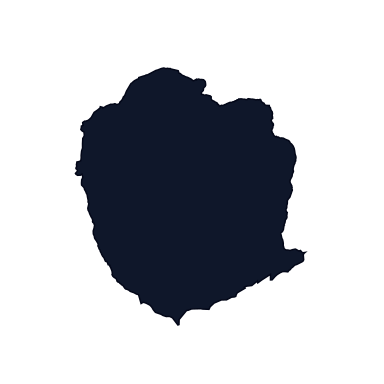 the district of Varsag, Harghita, Romania, rotated 140°
{"feature_id": "2599482B23586841588479", "entity_name": "Varsag", "entity_type": "district", "adm_level": 2, "iso_a3": "ROU", "parent_name": "Romania", "parent_adm1": "Harghita", "projection": "natural_earth1", "projection_center": [25.349, 46.545], "detail": "fine", "context": "isolated", "style": "filled", "palette": "ink", "viewbox_px": 384, "rotation_deg": 140, "n_neighbors": 0, "source": "geoboundaries", "source_scale": "gbopen_adm2", "svg_char_len": 5973}
<svg xmlns="http://www.w3.org/2000/svg" viewBox="0 0 384 384"><g transform="rotate(140 192 192)"><path d="M231.1,315.5L232.7,313.1L234.4,313.6L235.0,312.8L237.0,311.3L236.9,309.3L236.2,307.4L238.1,304.6L239.3,303.9L241.2,303.3L244.9,299.3L247.6,296.0L250.2,294.4L253.3,291.4L254.9,289.4L256.3,288.1L257.4,287.4L259.7,288.3L260.8,289.0L263.0,287.2L263.7,285.9L265.6,284.9L265.9,284.2L265.6,283.7L265.9,282.2L266.4,281.6L269.3,281.2L269.5,280.1L268.9,278.3L266.5,276.5L264.8,276.4L265.7,274.3L266.0,273.7L267.2,272.9L268.7,272.2L270.9,269.9L272.1,268.3L271.9,265.3L271.9,264.6L272.7,263.0L273.1,260.7L273.9,258.4L273.8,258.0L274.0,257.4L275.2,255.5L276.7,252.7L276.7,252.4L277.5,251.8L278.2,250.8L278.4,249.5L282.2,246.6L283.3,244.8L283.5,243.3L284.4,241.0L285.3,237.5L285.5,235.9L286.2,234.2L287.2,233.3L287.5,232.4L287.2,231.2L287.7,230.3L287.6,229.9L288.0,229.2L290.2,227.3L292.7,225.7L294.6,223.2L295.0,221.6L295.4,220.6L296.1,219.6L296.4,218.5L296.6,216.1L297.2,212.8L297.6,212.1L298.7,211.2L299.0,210.4L299.0,209.4L299.5,208.8L299.8,207.8L299.7,207.0L300.5,205.3L300.8,203.4L301.1,202.9L301.7,200.4L301.7,198.2L302.8,194.8L302.7,194.3L302.0,193.6L302.0,193.4L302.2,192.2L303.0,190.2L302.5,189.5L302.4,188.9L302.1,188.6L302.7,187.8L302.9,186.2L303.4,185.1L303.5,184.5L304.1,182.9L305.3,180.9L306.5,180.0L306.4,179.3L306.8,178.3L306.5,176.4L305.8,174.6L306.3,172.6L306.7,172.1L306.7,171.2L306.7,170.9L305.9,169.6L305.9,168.2L305.6,167.6L305.6,166.3L305.0,164.9L305.3,161.3L305.2,160.4L304.5,159.5L303.9,158.3L303.5,157.5L303.2,155.6L301.1,152.0L300.4,150.1L299.8,148.9L298.9,147.8L302.7,139.3L300.3,138.9L299.2,137.4L298.4,135.9L297.0,132.5L296.9,131.9L296.8,130.2L296.9,128.8L297.3,126.9L297.4,123.8L297.2,123.0L294.3,118.2L293.6,116.1L292.9,115.0L291.8,113.2L289.5,111.4L289.0,110.8L288.1,108.9L287.7,107.2L287.9,107.1L288.3,99.2L287.2,98.8L283.8,102.6L272.4,104.7L270.8,103.8L267.5,102.7L265.7,101.3L260.3,97.0L259.1,95.5L254.4,91.2L251.9,92.4L246.4,92.7L238.8,90.4L234.9,87.2L229.3,86.0L227.0,84.4L225.6,83.9L224.0,85.0L222.1,85.7L213.2,84.2L213.2,85.4L210.7,84.8L206.3,81.9L199.2,81.8L199.8,81.1L200.1,80.1L195.2,79.8L184.8,78.5L188.4,74.2L187.1,73.2L182.6,73.9L179.8,74.0L176.3,73.5L173.8,72.8L171.9,71.3L169.9,69.2L168.1,69.6L166.7,69.4L164.6,69.9L163.4,69.7L161.3,69.9L159.7,69.8L158.5,69.2L152.6,67.8L151.3,67.7L150.0,68.3L147.1,72.4L145.6,73.0L144.2,73.0L145.7,73.9L146.5,74.8L146.5,77.5L147.8,78.0L148.2,78.5L149.3,81.5L149.6,81.9L152.0,83.2L154.5,84.2L156.0,86.1L157.1,87.0L157.8,88.7L157.8,89.5L156.4,92.5L154.9,94.2L154.7,94.7L154.2,95.4L153.2,97.4L153.0,98.7L151.2,102.1L151.2,102.6L150.5,103.3L149.9,103.7L148.2,103.5L147.7,103.8L146.2,104.4L144.1,106.3L143.9,106.7L143.5,106.8L143.4,107.0L143.2,107.0L143.3,107.2L142.4,107.9L142.1,107.9L140.3,108.9L140.3,109.2L139.5,109.7L139.3,109.7L138.6,110.5L136.5,111.0L135.4,111.7L134.8,112.6L134.8,113.1L134.1,113.4L134.1,113.7L133.4,114.0L133.1,114.5L132.8,114.6L132.3,115.0L132.5,115.3L132.5,115.9L132.1,116.2L132.0,117.2L131.7,117.8L131.0,118.4L129.6,119.0L128.0,120.8L126.6,121.7L125.2,123.2L124.9,123.7L123.8,124.4L122.2,124.8L120.4,125.1L116.7,127.3L115.0,128.4L114.4,128.6L113.9,129.0L113.7,129.3L113.4,130.3L112.4,131.1L112.2,131.7L111.6,132.5L110.8,136.1L110.0,137.3L108.9,138.2L105.3,139.7L103.5,141.3L101.2,142.4L100.7,143.0L100.5,143.8L99.1,145.3L96.7,147.0L94.5,148.0L93.5,149.0L92.6,149.1L91.8,150.2L90.4,151.3L89.5,152.6L88.7,154.7L86.7,157.9L85.7,159.8L85.0,162.2L84.9,164.7L85.2,166.1L85.2,166.8L84.9,167.6L84.9,169.2L86.6,172.4L87.4,174.5L88.8,176.0L89.8,176.6L89.8,176.8L90.2,177.2L90.3,178.1L90.5,178.6L91.3,178.8L91.4,179.0L91.3,179.5L91.5,180.2L91.6,180.4L92.3,180.5L92.8,181.3L92.8,182.0L93.0,182.4L92.7,183.6L92.4,184.2L92.6,184.4L92.6,184.9L92.4,185.3L92.3,186.0L92.0,186.3L92.3,186.6L92.2,187.1L91.4,187.9L90.7,188.2L90.5,188.7L88.9,189.2L87.7,190.4L86.7,190.8L86.0,191.8L86.2,192.1L85.9,192.3L85.8,192.7L86.2,193.5L85.9,193.8L85.9,194.5L85.6,194.8L85.5,195.2L85.6,195.5L85.0,196.3L84.0,196.6L83.1,196.5L82.6,196.8L82.7,197.2L82.3,197.9L81.8,198.1L81.5,199.0L80.0,200.2L79.0,201.9L79.2,202.7L78.7,203.5L78.8,204.1L78.6,204.8L77.9,205.8L77.7,206.7L78.1,207.2L78.0,207.7L77.2,208.6L79.7,210.9L80.3,212.4L80.0,212.7L79.8,213.8L80.1,214.3L80.5,214.4L80.3,215.2L80.7,216.0L80.6,217.1L80.1,218.1L80.1,218.9L80.3,219.2L81.5,219.6L82.5,220.7L84.0,221.6L84.4,222.4L86.1,224.4L86.6,224.7L88.9,227.3L89.5,227.5L90.4,227.4L91.2,228.1L91.6,228.5L91.9,229.2L92.6,229.6L94.3,231.6L95.0,232.2L95.6,232.4L96.2,233.2L97.4,233.1L98.3,233.7L98.7,233.5L99.3,233.5L100.5,234.2L101.2,233.9L102.4,234.7L104.5,235.4L105.1,236.2L108.9,237.4L110.0,237.4L110.2,237.7L112.7,238.4L113.8,239.6L115.3,239.8L115.7,240.5L115.5,242.0L115.6,242.4L116.1,242.8L115.6,243.7L115.6,244.4L116.6,246.3L116.5,246.5L116.9,247.8L117.2,247.9L117.4,248.8L117.8,249.5L117.2,251.5L116.1,252.5L116.2,253.8L118.7,257.3L120.3,258.2L120.8,259.0L120.9,259.7L121.1,260.0L122.0,260.5L121.9,261.1L120.9,262.2L118.2,262.5L117.2,263.3L116.8,263.8L115.9,264.3L114.1,264.4L112.9,265.0L112.0,266.2L110.9,268.0L110.8,269.0L111.0,270.6L112.5,272.2L113.2,272.7L113.7,273.2L114.2,274.2L115.5,274.9L116.4,274.9L116.8,275.3L116.5,275.6L119.2,276.1L119.8,277.0L120.0,278.8L121.7,282.7L122.5,283.8L123.2,285.1L123.4,285.9L124.4,287.6L124.9,290.4L125.6,291.3L124.6,293.8L129.0,299.7L129.3,300.6L130.5,301.5L131.2,302.5L132.7,303.3L133.8,305.0L134.2,305.3L136.1,306.3L140.0,307.6L141.4,308.3L151.0,310.4L151.8,311.1L153.4,311.4L154.8,312.1L159.2,313.9L160.0,313.1L161.5,313.6L164.4,314.2L166.3,314.3L167.3,314.1L168.9,314.3L169.7,314.1L177.3,311.4L181.0,309.4L182.4,309.0L183.3,308.5L183.5,308.9L185.2,308.0L186.9,307.4L189.6,307.2L190.3,306.6L190.8,306.3L193.3,307.2L194.3,309.2L195.9,309.9L197.1,310.7L197.7,311.4L202.5,313.0L203.9,313.1L206.3,313.7L206.1,314.4L207.4,316.3L208.1,315.8L208.3,315.5L211.6,315.5L215.8,315.9L221.3,313.8L224.1,313.6L225.6,313.7L227.9,314.6L228.7,315.3L231.1,315.5Z" fill="#0f172a" stroke="#020617" stroke-width="1.5"/></g></svg>